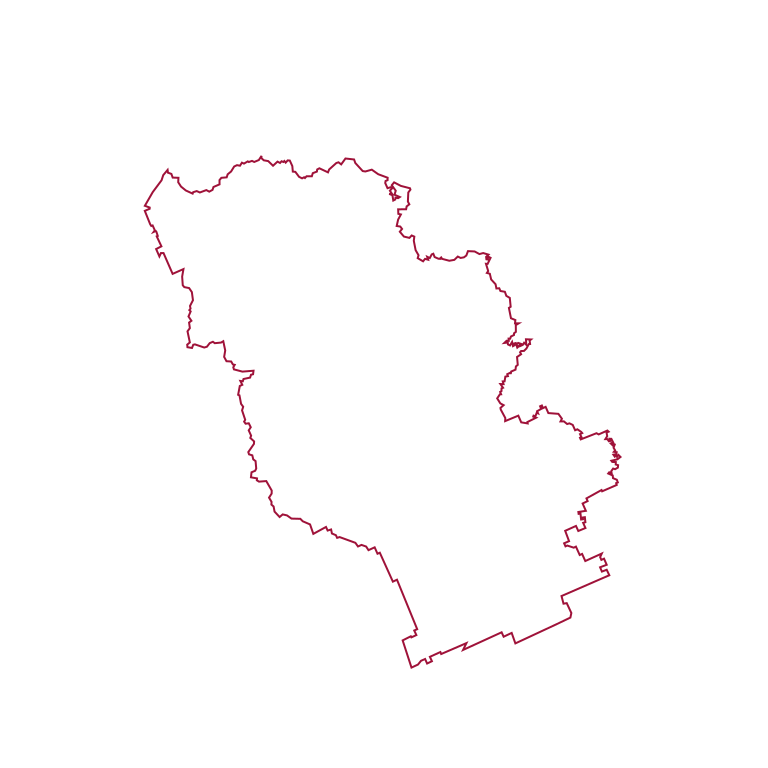 Greater Hume, New South Wales, Australia, rotated 237°
{"feature_id": "25037944B5872723036943", "entity_name": "Greater Hume", "entity_type": "district", "adm_level": 2, "iso_a3": "AUS", "parent_name": "Australia", "parent_adm1": "New South Wales", "projection": "orthographic", "projection_center": [147.32, -35.758], "detail": "fine", "context": "isolated", "style": "outline", "palette": "rose", "viewbox_px": 768, "rotation_deg": 237, "n_neighbors": 0, "source": "geoboundaries", "source_scale": "gbopen_adm2", "svg_char_len": 6162}
<svg xmlns="http://www.w3.org/2000/svg" viewBox="0 0 768 768"><g transform="rotate(237 384 384)"><path d="M341.3,531.5L344.2,527.4L339.4,524.7L342.3,524.0L341.2,521.7L341.7,518.5L342.7,518.5L343.1,520.7L345.4,518.9L345.0,516.4L342.1,516.8L341.9,515.6L346.6,516.8L347.1,515.2L345.4,514.4L345.5,512.8L349.5,514.3L347.7,510.7L349.7,509.5L351.4,510.4L352.9,507.3L353.5,510.4L352.3,512.2L354.2,513.2L353.3,514.5L354.7,516.3L354.3,519.7L355.7,520.7L355.9,523.0L361.6,526.6L361.5,530.0L363.5,526.9L366.1,529.0L370.0,526.3L379.8,530.2L379.8,532.3L387.7,536.4L391.3,534.6L395.5,535.6L398.6,532.3L401.5,532.8L402.9,530.3L406.9,531.9L413.3,530.8L418.8,532.8L421.1,530.8L422.0,532.9L429.3,535.0L428.3,536.3L431.8,542.1L433.9,540.9L432.0,538.7L432.8,537.8L435.0,538.9L435.6,542.1L439.8,538.5L441.0,534.8L445.8,532.2L449.7,526.8L446.9,523.0L446.7,520.0L448.0,516.9L450.7,515.3L449.8,510.6L451.8,505.9L457.3,500.9L459.0,500.9L458.8,499.5L457.8,500.1L459.4,497.9L462.9,495.6L466.4,496.3L466.7,494.6L464.7,491.0L467.2,489.5L464.2,488.7L466.6,486.6L465.6,483.6L471.2,480.8L473.2,483.1L479.0,483.4L487.9,487.0L491.1,489.7L493.5,488.1L492.7,484.9L496.8,481.0L503.1,480.2L504.2,483.6L507.2,483.4L509.6,480.7L514.2,485.4L517.0,490.5L518.9,488.7L522.8,491.0L518.5,497.7L520.6,499.7L520.9,503.1L524.0,503.4L531.4,508.7L532.6,512.0L534.0,512.4L541.0,506.0L547.6,502.3L546.5,498.8L539.7,499.1L537.0,495.9L532.2,499.1L532.2,497.0L534.0,495.1L532.6,493.9L532.8,491.7L537.7,493.9L540.6,491.9L539.2,494.3L542.9,494.2L543.7,497.3L545.4,496.8L546.3,493.6L551.9,494.5L553.4,495.9L553.0,498.0L555.0,499.4L563.1,493.4L570.4,490.5L572.4,484.1L574.2,482.1L585.0,480.3L588.6,481.2L594.1,474.5L591.5,467.7L594.7,466.6L595.3,464.4L593.8,454.8L592.0,452.3L600.1,447.3L600.3,444.8L598.7,443.4L599.6,439.1L597.5,436.6L600.4,432.2L599.8,429.9L600.9,429.6L601.1,427.3L604.0,425.6L610.2,425.2L611.8,423.2L616.7,425.8L622.7,426.7L624.0,425.0L623.2,422.1L625.3,421.9L625.0,420.5L626.6,419.4L626.0,417.2L628.5,415.8L627.5,409.8L634.0,408.3L637.1,405.0L640.3,404.2L642.0,405.5L640.0,401.0L640.9,396.1L643.0,394.8L643.8,391.5L644.9,391.0L645.1,386.6L647.0,385.4L645.5,382.1L647.6,379.9L648.0,376.8L645.5,371.5L645.0,367.1L643.0,364.6L645.5,359.9L644.6,357.1L641.0,354.8L642.1,348.3L640.2,345.9L640.5,342.2L643.4,340.6L644.9,333.9L647.8,332.0L648.8,328.4L647.9,327.2L654.2,323.2L660.1,321.3L665.3,321.3L668.9,323.9L672.2,319.2L676.0,320.1L678.9,317.9L681.4,319.1L679.4,312.6L676.0,308.4L670.9,294.6L663.7,280.5L659.6,283.6L658.6,282.9L659.5,277.7L645.3,274.9L643.3,274.9L643.0,276.3L637.7,275.5L637.0,273.7L636.6,275.9L635.6,276.0L631.4,274.9L631.6,273.8L620.7,272.3L621.3,266.4L613.3,265.1L615.3,268.3L613.9,270.4L591.5,266.7L589.6,278.4L584.0,273.2L576.4,269.0L574.0,269.3L570.6,272.8L565.7,272.9L558.3,269.4L555.1,263.8L552.6,262.8L552.0,261.0L550.2,261.4L547.1,256.8L541.9,256.9L541.7,254.0L536.6,251.6L535.2,247.9L524.6,243.8L524.2,240.4L521.9,239.2L518.8,242.6L520.8,245.4L520.2,247.0L512.5,253.1L511.7,255.8L513.2,260.1L512.6,263.5L510.4,264.3L507.5,269.9L507.4,272.5L498.6,269.1L493.8,264.7L488.9,264.3L486.1,268.1L482.7,267.9L481.4,269.2L480.1,266.7L478.0,266.1L471.5,272.0L466.2,281.8L463.5,279.5L464.2,277.5L462.3,275.2L464.7,268.9L463.2,267.1L464.8,265.2L460.5,264.7L460.9,262.0L454.4,255.8L453.2,256.6L445.2,253.3L441.6,253.5L439.2,250.6L429.6,248.1L428.6,246.2L426.1,246.3L424.7,249.2L420.3,248.7L418.8,245.3L413.0,244.4L411.6,242.5L406.6,243.8L404.6,242.3L400.8,233.1L398.5,232.5L395.9,234.7L392.0,233.3L389.3,234.3L382.7,230.8L381.4,228.7L382.1,224.8L378.2,221.6L374.0,226.1L372.5,224.9L370.2,226.0L366.7,232.4L355.8,231.8L353.3,230.1L351.3,225.7L346.4,225.5L344.2,223.9L341.4,224.7L336.6,222.7L329.3,224.0L329.8,228.0L326.6,231.1L321.5,233.1L316.5,240.4L313.1,241.1L306.5,245.5L296.8,243.1L295.7,257.5L291.8,256.9L290.8,260.4L287.0,258.9L283.4,261.3L280.5,260.9L279.8,263.4L266.4,273.5L261.9,273.7L261.3,277.5L257.4,280.5L253.1,280.5L252.1,287.2L245.2,286.1L244.8,288.6L213.4,283.8L212.8,288.3L160.3,278.3L160.8,275.1L155.8,274.4L156.6,269.0L157.8,269.1L158.8,260.0L131.2,252.6L130.2,259.7L131.7,264.3L131.0,268.7L126.1,267.9L125.4,273.2L130.2,273.9L128.5,285.3L126.4,284.9L121.8,312.0L117.9,305.5L111.7,347.4L106.9,346.7L105.7,355.5L94.9,352.9L88.5,398.4L86.6,413.1L89.9,416.4L100.7,417.9L102.0,414.9L109.5,417.4L100.9,468.8L106.9,469.6L108.0,464.6L112.6,465.4L111.1,472.3L117.7,473.4L118.1,470.5L121.1,471.0L123.2,474.3L125.9,456.4L133.6,457.6L134.0,455.0L143.1,456.4L143.4,454.0L148.7,449.7L149.0,447.8L152.3,448.3L151.4,453.6L162.2,456.0L160.4,467.7L154.9,466.9L153.5,474.5L159.1,475.4L158.4,477.6L162.9,479.9L163.8,478.0L162.2,477.2L163.0,475.5L168.3,478.2L169.1,476.5L170.8,477.3L167.7,484.2L175.6,485.5L174.9,491.0L177.8,491.5L176.6,508.7L175.2,508.5L172.6,524.2L174.4,524.7L174.1,526.5L176.9,527.1L180.3,524.8L182.7,526.0L186.8,523.3L187.3,524.8L185.4,526.4L187.1,527.1L188.3,530.1L186.7,531.4L186.5,534.6L188.4,536.1L190.3,534.5L192.3,535.9L194.3,533.0L195.8,532.9L193.7,538.7L194.0,542.6L196.8,542.0L196.0,539.8L198.1,540.3L197.4,538.0L199.8,537.9L198.7,540.8L200.1,542.0L201.9,539.9L202.4,541.7L205.5,541.8L207.6,544.6L208.8,543.9L207.9,542.4L210.7,541.8L210.3,544.4L214.2,544.8L215.2,543.4L213.0,542.8L213.5,541.4L216.1,541.3L217.2,539.6L218.7,542.8L222.1,544.2L221.7,546.4L223.3,546.0L224.8,536.6L227.0,535.4L230.4,518.8L232.2,519.1L232.0,520.7L235.2,521.1L234.9,523.5L236.4,523.3L240.7,521.5L241.1,519.1L246.9,520.0L250.0,518.1L250.7,515.8L254.7,514.5L256.5,511.7L258.0,514.3L264.0,514.0L270.1,506.0L276.8,507.1L277.2,504.2L280.0,504.7L280.3,502.8L277.5,502.3L277.8,497.6L275.5,497.2L276.7,496.4L274.5,493.4L276.0,492.2L275.4,491.4L272.9,493.2L274.0,483.5L272.7,483.0L277.1,478.2L284.3,479.4L286.9,465.4L289.4,467.2L299.0,468.0L300.5,468.6L301.1,472.8L304.4,471.0L310.3,471.1L312.2,475.5L311.6,476.6L314.1,477.1L314.1,478.7L316.3,480.2L316.0,481.8L320.6,481.6L318.8,484.2L321.5,485.0L320.6,486.6L324.1,489.8L323.1,492.2L325.1,492.7L324.7,496.1L323.4,495.7L325.2,497.5L324.4,502.1L326.9,504.2L327.2,506.6L334.2,510.3L334.3,515.2L336.5,515.4L337.0,516.9L335.5,519.4L336.2,522.8L338.6,527.2L338.0,528.3L341.1,529.8L341.3,531.5Z" fill="none" stroke="#9f1239" stroke-width="2"/></g></svg>